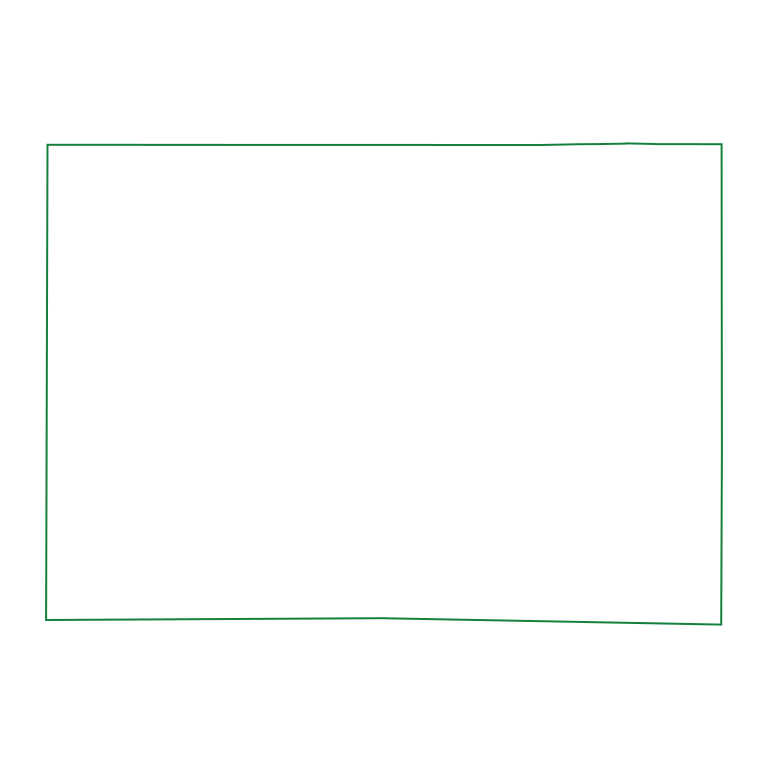 the district of Osceola, Iowa, United States of America
{"feature_id": "52423323B8294388422794", "entity_name": "Osceola", "entity_type": "district", "adm_level": 2, "iso_a3": "USA", "parent_name": "United States of America", "parent_adm1": "Iowa", "projection": "mercator", "projection_center": [-95.549, 43.378], "detail": "fine", "context": "isolated", "style": "outline", "palette": "green", "viewbox_px": 768, "rotation_deg": 0, "n_neighbors": 0, "source": "geoboundaries", "source_scale": "gbopen_adm2", "svg_char_len": 352}
<svg xmlns="http://www.w3.org/2000/svg" viewBox="0 0 768 768"><path d="M626.7,143.4L626.3,143.4L626.3,143.6L597.3,144.1L580.7,144.2L540.7,145.0L218.6,144.9L217.6,144.9L104.0,144.8L85.3,144.8L47.5,144.8L46.1,620.0L381.2,618.2L721.2,624.6L721.9,454.2L721.6,144.2L655.5,144.1L655.4,144.0L626.7,143.4Z" fill="none" stroke="#15803d" stroke-width="2"/></svg>